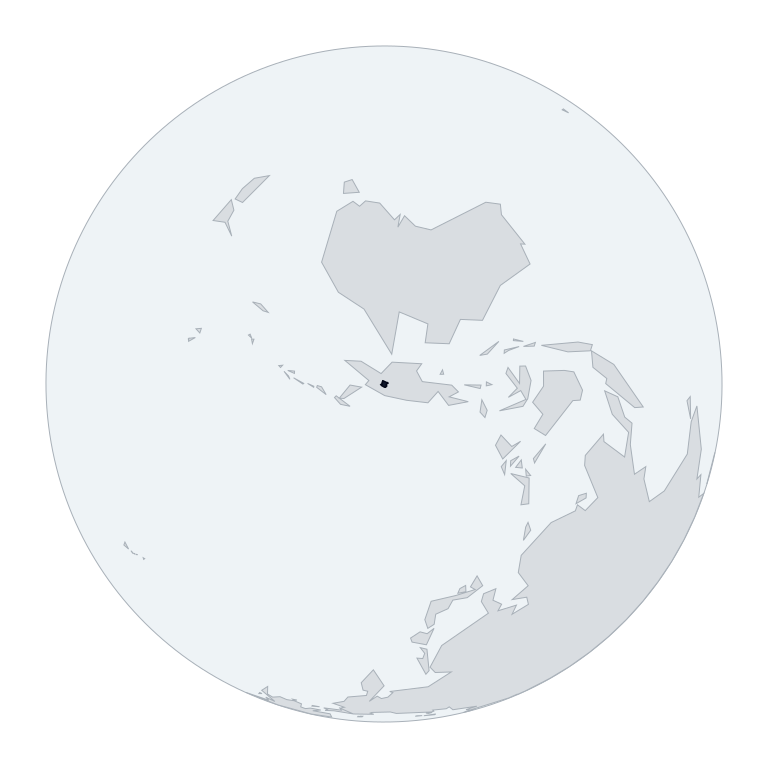 the Earth from above Western Highlands, rotated 173°
{"feature_id": "PNG-1247", "entity_name": "Western Highlands", "entity_type": "Province", "adm_level": 1, "iso_a3": "PNG", "parent_name": "Papua New Guinea", "parent_adm1": "", "projection": "orthographic", "projection_center": [144.47, -5.822], "detail": "fine", "context": "on_globe", "style": "filled", "palette": "ink", "viewbox_px": 768, "rotation_deg": 173, "n_neighbors": 0, "source": "natural_earth", "source_scale": "10m", "svg_char_len": 6774}
<svg xmlns="http://www.w3.org/2000/svg" viewBox="0 0 768 768"><g transform="rotate(173 384 384)"><circle cx="384" cy="384" r="338" fill="#eef3f6" stroke="#a8b0b8"/><path d="M572.7,450.2L572.7,452.8L572.2,453.1L572.7,450.2ZM558.6,94.7L536.9,84.2L539.5,87.6L531.0,82.2L542.7,94.9L536.3,98.0L537.4,90.5L532.7,86.8L525.3,86.3L519.0,82.6L511.8,80.6L504.9,76.6L506.0,73.7L501.6,71.4L496.6,71.3L486.5,68.1L494.5,68.4L477.7,63.2L476.5,59.8L496.1,65.2L528.1,78.3L558.6,94.7ZM660.4,258.7L657.6,251.3L661.8,255.9L660.4,258.7ZM654.2,246.9L655.5,249.4L654.0,247.3L654.2,246.9ZM652.0,245.5L653.6,246.6L652.0,246.1L652.0,245.5ZM649.2,244.6L650.6,244.8L650.5,245.1L649.2,244.6ZM644.2,240.9L642.8,239.8L643.9,239.2L644.2,240.9ZM542.8,91.6L545.9,92.0L545.0,93.0L542.8,91.6ZM512.0,81.1L513.1,82.3L508.9,80.9L512.0,81.1ZM494.4,73.7L487.3,71.5L494.8,73.1L494.4,73.7ZM483.3,69.9L466.1,65.5L467.1,67.6L454.5,60.2L473.3,65.7L482.3,67.2L479.8,67.8L483.3,69.9ZM450.3,57.4L446.3,56.3L450.7,56.9L450.3,57.4ZM280.4,62.3L266.6,67.3L254.1,72.1L264.3,68.3L282.1,61.8L290.4,59.3L282.7,61.7L286.1,60.6L289.3,59.7L289.7,59.9L298.5,57.2L337.6,50.0L342.3,50.8L331.1,52.9L355.3,52.3L358.6,55.6L361.7,54.1L375.4,54.4L374.5,53.2L377.0,52.7L411.8,55.5L417.7,57.7L436.1,59.5L437.7,59.1L434.4,57.4L454.5,60.2L467.1,67.6L462.8,68.0L473.5,73.3L462.3,73.9L458.0,77.7L439.4,77.0L437.6,81.0L442.1,82.7L443.0,90.3L429.4,101.6L420.7,84.4L437.3,70.8L428.8,75.0L424.9,72.1L418.3,72.7L412.8,76.6L415.8,78.1L377.1,78.1L352.3,90.0L368.3,91.4L372.8,97.3L358.6,117.4L308.3,143.8L313.9,156.2L310.7,163.7L297.9,167.2L302.2,156.1L294.1,151.1L298.5,145.0L279.5,148.4L285.0,139.8L267.5,147.7L268.3,155.0L283.0,154.4L265.5,166.2L273.7,180.5L268.7,197.2L235.0,226.1L209.5,234.8L206.7,240.5L199.7,233.8L185.6,245.2L194.8,278.7L192.9,288.6L172.3,307.5L172.7,300.0L154.1,282.2L147.1,306.2L161.1,326.1L165.8,350.3L153.5,342.8L149.1,321.8L142.6,314.9L146.9,293.9L146.4,263.9L134.2,270.1L137.6,258.1L135.0,234.9L118.8,243.7L91.5,277.5L83.7,309.1L76.1,324.1L77.0,280.6L85.0,251.6L80.5,255.4L85.4,233.3L80.0,236.4L80.4,235.7L92.0,213.9L105.2,193.0L119.9,173.1L136.1,154.4L153.5,136.9L172.2,120.7L192.0,105.9L212.9,92.6L234.6,80.9L257.2,70.8L280.4,62.3ZM75.8,245.4L72.7,253.4L63.9,275.8L75.8,245.4ZM167.7,630.6L173.7,634.4L172.5,635.2L167.7,630.6ZM240.5,409.3L250.3,411.3L250.0,412.9L240.5,409.3ZM230.3,403.3L241.0,404.3L228.7,406.8L230.3,403.3ZM245.3,404.7L256.3,402.1L261.0,399.8L260.4,403.1L245.3,404.7ZM223.1,403.2L186.3,402.0L172.4,397.7L175.1,391.8L197.6,393.5L223.1,403.2ZM174.0,391.6L153.5,375.4L129.5,329.6L138.0,330.0L163.9,357.4L162.2,362.3L174.6,375.1L174.0,391.6ZM225.9,362.4L224.1,377.4L203.3,375.5L194.1,372.9L187.7,353.7L191.2,344.1L198.6,344.5L229.9,313.2L240.3,321.5L230.0,334.6L238.7,347.8L225.9,362.4ZM83.9,312.0L85.3,330.5L81.6,334.2L83.9,312.0ZM244.8,291.8L230.7,304.9L244.2,287.3L244.8,291.8ZM254.0,275.3L253.8,282.1L249.6,275.3L254.0,275.3ZM204.4,249.5L196.5,250.9L197.3,246.3L208.0,241.8L204.4,249.5ZM264.7,211.8L260.8,224.7L257.9,229.1L256.2,221.0L264.7,211.8ZM334.0,50.2L341.9,48.9L342.3,49.1L340.5,49.4L334.0,50.2ZM345.5,48.3L342.1,48.8L336.0,49.7L338.5,49.2L345.5,48.3ZM502.3,581.4L509.2,585.8L500.7,595.2L487.6,604.0L472.4,604.8L502.3,581.4ZM390.7,590.8L385.2,577.3L401.0,578.1L398.8,589.2L390.7,590.8ZM511.8,574.8L519.2,564.6L517.1,549.3L522.1,563.9L533.7,567.1L513.1,585.6L511.8,574.8ZM318.5,531.2L260.8,552.0L246.6,548.3L246.8,537.7L227.1,505.6L231.4,506.4L224.4,485.3L256.5,467.7L278.5,435.2L300.3,438.8L314.4,416.0L338.1,419.9L333.1,438.3L360.1,453.7L372.7,412.6L394.7,460.8L418.1,480.6L431.1,512.5L409.8,561.2L392.5,569.1L386.6,563.4L380.0,568.0L366.2,564.1L353.6,545.7L347.3,550.3L351.1,538.0L343.1,548.5L333.6,536.8L318.5,531.2ZM490.2,469.2L495.1,471.4L504.5,481.5L496.6,478.5L490.2,469.2ZM560.6,457.1L563.9,461.7L558.5,461.5L560.6,457.1ZM572.2,453.1L565.6,453.1L572.7,450.2L572.2,453.1ZM509.7,445.6L512.6,449.1L510.8,449.8L509.7,445.6ZM507.6,444.3L509.7,440.1L510.0,444.8L507.6,444.3ZM482.3,415.0L484.7,413.0L486.2,415.1L482.3,415.0ZM264.8,412.3L277.8,401.1L285.5,400.7L264.8,412.3ZM477.9,409.2L471.2,407.7L471.6,405.4L477.9,409.2ZM477.8,403.6L476.8,400.1L481.7,408.8L477.8,403.6ZM464.5,393.8L473.0,401.2L463.6,394.4L464.5,393.8ZM459.8,393.9L453.9,390.3L454.2,389.3L459.8,393.9ZM398.6,389.3L420.0,412.2L404.0,409.4L385.6,394.7L373.3,404.7L344.1,399.5L350.1,393.0L345.7,381.7L316.9,374.6L311.1,367.1L320.9,363.3L302.5,356.2L322.5,354.9L331.2,370.0L342.7,360.0L363.6,365.1L384.7,372.4L402.6,385.6L398.6,389.3ZM323.6,386.4L327.1,386.8L324.2,390.9L323.6,386.4ZM442.7,380.5L451.2,388.9L450.4,390.6L446.3,388.8L442.7,380.5ZM406.6,383.6L425.5,374.5L430.1,375.4L417.8,387.1L406.6,383.6ZM420.4,366.0L429.6,369.1L434.8,376.6L432.9,378.1L420.4,366.0ZM282.7,369.7L282.1,373.6L277.0,370.2L282.7,369.7ZM289.1,367.8L304.5,373.4L287.8,371.1L289.1,367.8ZM245.0,351.4L249.1,360.8L262.2,355.6L252.2,363.6L261.7,379.6L258.9,385.3L249.4,368.0L247.0,385.2L241.3,384.6L237.6,369.6L243.1,351.9L248.8,344.9L272.7,343.3L245.0,351.4ZM288.8,356.4L284.8,345.3L287.9,338.4L292.1,344.4L288.8,356.4ZM274.1,319.1L264.8,306.4L255.4,310.5L275.3,295.1L280.8,309.6L274.1,319.1ZM267.6,292.4L258.7,296.0L268.5,287.0L267.6,292.4ZM257.0,291.9L257.0,283.8L263.5,285.2L257.0,291.9ZM272.0,293.1L275.3,279.4L277.7,287.7L272.0,293.1ZM256.7,265.8L269.1,279.7L251.4,273.0L254.9,247.5L262.8,247.4L256.7,265.8ZM327.5,174.1L328.0,167.9L336.2,167.3L333.6,171.7L327.5,174.1ZM363.7,162.6L338.6,165.3L318.6,168.9L322.9,172.1L315.0,182.2L310.6,171.8L327.4,161.8L342.0,161.1L347.8,153.2L360.7,149.2L363.5,139.4L370.3,136.1L372.2,145.1L363.7,162.6ZM364.1,135.4L373.7,120.0L387.6,124.4L388.6,128.6L378.4,133.6L371.6,130.9L364.1,135.4ZM380.1,117.9L373.7,115.5L374.2,94.0L377.8,90.8L384.7,107.9L379.0,106.8L376.4,111.7L380.1,117.9ZM445.6,56.8L446.3,56.3L448.5,57.3L445.6,56.8ZM376.2,52.1L380.1,51.6L382.5,52.3L376.2,52.1ZM391.9,50.7L386.5,50.2L393.5,50.4L391.9,50.7ZM374.1,49.6L384.9,49.9L372.8,50.2L374.1,49.6Z" fill="#d9dde1" stroke="#a8b0b8" stroke-width="1"/><path d="M383.2,380.6L383.3,380.6L384.2,380.9L384.3,381.0L384.5,381.3L384.8,381.5L385.1,381.6L385.3,381.8L385.5,382.0L386.1,382.3L386.3,382.5L386.5,382.8L386.8,383.1L387.2,383.7L387.3,383.8L387.2,383.9L386.9,383.9L386.4,383.9L386.1,383.8L385.9,383.8L386.0,384.7L386.0,384.8L385.9,384.8L385.6,385.0L385.4,385.2L385.4,385.4L385.4,385.5L385.6,385.7L385.6,385.8L385.3,386.5L385.0,386.8L384.9,387.0L384.8,387.4L384.7,387.4L384.4,387.2L381.3,385.2L381.2,385.1L380.8,385.1L380.7,385.1L380.6,384.9L380.1,384.7L379.9,384.4L380.0,384.2L380.3,384.1L381.1,383.8L381.5,383.5L381.7,383.4L381.8,383.3L381.9,383.1L381.9,382.9L381.9,382.7L381.5,381.8L381.5,381.7L382.2,381.3L382.3,381.3L382.4,381.2L382.5,381.1L382.7,380.7L382.9,380.8L383.0,380.7L383.2,380.6Z" fill="#0f172a" stroke="#020617" stroke-width="1.5"/></g></svg>